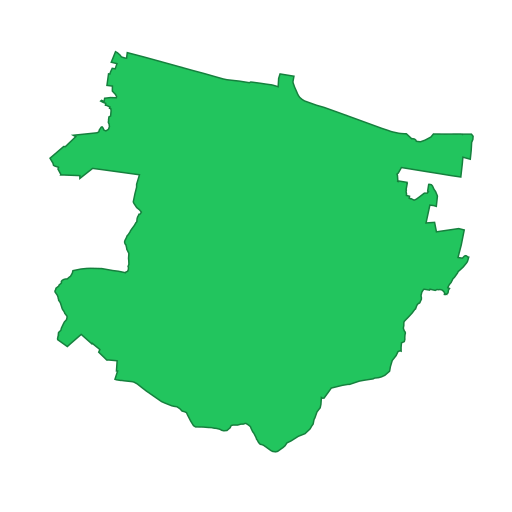 Tetchea, Bihor, Romania (Natural Earth projection), rotated 4°
{"feature_id": "2599482B35654252048695", "entity_name": "Tetchea", "entity_type": "district", "adm_level": 2, "iso_a3": "ROU", "parent_name": "Romania", "parent_adm1": "Bihor", "projection": "natural_earth1", "projection_center": [22.297, 47.021], "detail": "fine", "context": "isolated", "style": "filled", "palette": "green", "viewbox_px": 512, "rotation_deg": 4, "n_neighbors": 0, "source": "geoboundaries", "source_scale": "gbopen_adm2", "svg_char_len": 6009}
<svg xmlns="http://www.w3.org/2000/svg" viewBox="0 0 512 512"><g transform="rotate(4 256 256)"><path d="M407.4,340.8L407.1,337.1L407.2,332.5L409.9,331.0L410.3,328.8L410.1,326.9L410.1,324.2L410.4,322.4L410.0,321.3L409.1,320.3L408.0,317.7L408.3,315.1L408.1,312.0L408.5,310.8L409.9,309.1L412.7,305.8L415.8,301.9L418.2,298.1L418.8,297.8L419.6,294.9L420.2,293.4L421.5,291.8L422.0,291.8L422.7,291.2L423.1,289.9L424.0,287.6L423.9,285.9L423.5,284.7L423.4,283.3L423.7,282.3L423.8,281.3L424.0,280.4L425.0,278.5L425.6,277.6L425.9,277.4L431.5,277.9L431.8,277.0L432.1,277.0L437.2,277.8L438.9,276.8L440.6,276.9L441.7,276.6L443.6,276.8L444.1,277.1L444.5,277.3L446.1,278.7L446.8,280.0L446.6,281.2L447.5,281.3L448.1,280.7L449.0,281.0L449.3,280.2L450.1,279.4L450.4,276.4L451.3,274.9L449.5,274.3L450.1,272.6L451.0,270.8L452.4,268.9L454.1,264.9L455.4,263.5L458.1,259.1L458.8,257.4L460.8,255.4L463.5,252.5L466.4,248.4L467.2,247.0L467.5,246.0L468.3,242.3L467.4,242.2L465.9,241.2L465.2,241.1L464.7,241.1L463.8,241.7L462.1,243.7L461.1,243.7L457.6,243.4L460.0,230.6L461.9,215.5L456.3,214.5L434.3,219.3L431.8,210.0L428.1,210.5L423.3,211.2L425.9,193.1L429.7,193.3L432.4,193.9L432.8,183.7L432.6,183.1L430.6,179.1L429.0,177.2L428.5,176.3L427.2,173.9L426.0,172.7L424.9,172.5L423.7,172.4L423.3,172.5L422.7,179.3L423.5,179.8L422.3,181.5L421.3,181.4L419.5,181.6L415.1,185.5L411.9,188.2L409.8,189.3L406.8,188.0L406.0,188.2L405.8,187.9L404.8,187.7L405.0,185.7L403.0,185.3L401.8,185.1L401.8,183.4L401.3,181.7L401.2,181.5L401.4,179.7L401.1,179.1L401.8,172.9L401.4,172.8L401.5,172.0L393.0,171.2L392.9,171.8L392.1,171.7L392.1,170.1L391.5,165.8L390.9,164.5L392.1,163.4L394.9,157.6L421.1,160.0L433.6,161.1L445.2,162.2L454.8,162.9L454.8,162.5L455.4,148.7L455.4,148.0L455.4,147.1L455.5,143.0L463.0,144.5L463.2,139.0L463.3,135.8L463.3,135.1L463.2,127.6L464.2,124.6L464.2,121.4L462.4,119.4L453.8,120.0L453.6,120.4L453.4,120.4L453.2,120.0L450.6,120.1L436.2,121.2L424.5,121.9L422.2,125.1L419.8,126.6L416.6,128.6L412.1,130.6L408.0,130.4L407.3,129.2L406.0,128.3L404.1,128.0L403.2,128.2L397.5,123.6L394.9,123.7L392.0,123.7L389.9,123.6L383.7,122.7L381.7,122.3L379.3,121.6L372.6,119.9L360.8,116.5L344.5,111.8L327.7,107.0L313.5,103.0L305.9,101.4L293.5,97.9L290.9,96.5L288.5,94.7L287.3,93.2L286.2,91.5L285.2,89.5L282.7,84.8L280.9,80.6L280.7,79.4L281.3,74.0L267.3,72.7L266.2,77.3L266.3,85.6L264.1,85.1L261.9,84.6L259.8,84.2L253.6,83.8L248.7,83.4L241.0,82.9L238.6,82.8L237.3,83.6L227.3,82.7L214.8,82.2L211.1,81.7L203.4,80.1L191.6,77.6L179.7,75.3L158.2,70.9L130.9,65.4L113.4,62.1L113.1,67.7L112.5,67.6L111.7,67.7L107.8,66.8L106.5,65.2L103.7,63.0L101.6,62.0L98.1,72.8L103.9,73.8L102.5,79.1L99.5,78.8L98.1,82.4L97.5,84.7L96.2,84.6L95.4,96.2L100.9,96.5L101.2,101.5L104.6,104.7L105.8,106.6L105.6,107.9L99.8,108.1L94.0,109.2L93.7,112.5L91.1,111.5L90.3,112.3L92.8,113.4L95.4,114.2L95.3,116.1L96.6,116.2L98.9,117.2L99.9,117.5L99.7,118.2L99.6,118.9L100.8,119.1L101.3,121.1L101.2,126.5L99.6,127.5L99.4,130.3L99.5,131.7L99.3,132.7L99.7,133.7L100.3,134.7L100.6,136.4L100.8,137.1L99.9,140.0L97.5,141.7L96.0,141.2L95.2,140.7L95.2,140.3L94.2,138.6L93.4,137.9L92.6,138.3L91.1,140.9L90.9,141.2L90.6,143.0L90.3,143.3L89.0,144.1L88.2,144.3L65.3,148.3L67.9,149.5L58.2,160.2L56.5,160.2L43.7,172.8L47.0,177.6L47.7,179.7L49.3,180.4L52.3,181.1L52.8,181.3L52.6,182.3L52.4,183.1L55.7,188.3L55.5,188.8L58.0,188.6L74.7,188.1L74.9,190.9L86.9,180.0L96.9,180.6L122.3,182.3L134.1,183.1L131.9,192.8L132.1,195.7L130.9,202.3L129.8,210.6L130.6,212.1L133.6,216.0L136.6,218.1L138.6,220.2L137.5,222.2L136.9,222.6L136.4,222.5L135.6,224.5L135.2,225.2L134.8,226.9L134.7,229.4L134.8,230.0L134.4,230.6L133.9,231.1L133.4,232.2L132.6,233.9L130.3,237.5L129.0,239.7L128.8,240.5L127.0,243.7L126.1,244.7L125.3,247.1L124.2,249.6L123.9,251.2L124.5,253.0L125.4,253.9L125.9,255.4L126.4,257.0L126.6,258.2L129.0,262.3L129.0,267.2L129.4,269.6L129.8,273.1L129.1,275.4L129.5,276.1L129.6,277.4L129.6,278.3L129.0,280.2L127.0,281.3L126.9,281.8L119.9,280.8L114.2,280.5L103.1,279.3L92.1,279.8L88.1,280.2L82.3,281.2L74.4,283.4L74.0,285.8L72.4,289.2L71.0,290.3L69.4,292.0L67.3,292.3L65.7,292.9L64.4,293.8L63.6,294.9L63.8,296.3L63.0,297.4L61.7,298.5L61.3,299.8L58.7,302.1L58.6,303.2L58.3,304.0L57.9,304.9L58.0,305.8L60.6,309.1L61.4,310.9L61.8,312.5L62.2,313.3L62.2,313.9L62.5,314.3L63.6,315.6L64.3,316.8L66.4,322.2L67.0,323.1L68.5,324.9L69.3,326.6L70.6,328.0L71.7,329.3L71.8,330.3L71.4,332.8L69.5,335.1L68.7,336.9L66.9,341.5L66.5,343.8L64.7,345.7L64.2,346.7L64.5,347.6L64.2,348.5L64.5,349.0L64.1,349.8L64.2,350.1L64.0,350.7L64.0,351.3L63.8,351.9L64.0,353.3L74.1,359.5L77.2,356.3L87.1,346.4L98.4,355.1L98.7,354.5L106.8,360.2L105.8,362.9L114.4,370.2L116.6,370.0L124.8,370.2L124.8,370.4L124.8,380.4L126.0,380.4L123.9,388.8L125.4,389.2L129.8,389.6L130.6,389.5L133.5,389.7L141.3,390.0L143.0,390.3L146.5,391.9L151.0,395.0L155.2,397.8L155.6,398.1L171.9,407.8L175.5,409.1L182.4,411.3L184.9,411.7L187.7,411.9L190.8,413.7L191.4,414.3L193.0,415.8L195.8,416.4L197.6,417.1L198.7,419.2L202.4,425.3L205.5,429.6L207.6,430.7L215.3,430.3L220.3,430.4L223.6,430.3L226.4,430.7L228.3,430.7L231.9,431.3L234.1,432.3L236.1,432.6L239.2,432.1L242.3,429.0L242.7,427.5L243.4,426.7L245.1,426.2L249.5,425.9L252.6,424.8L255.5,424.5L256.4,423.9L257.6,423.7L260.1,425.0L261.7,426.1L262.4,426.7L263.0,428.1L265.0,431.6L266.2,432.9L268.9,437.4L269.2,438.5L270.1,439.5L271.6,441.9L273.3,443.5L273.8,443.6L274.9,443.7L276.2,444.1L277.7,444.8L278.3,445.3L279.3,445.8L280.2,446.4L284.4,449.0L286.2,449.8L287.7,449.9L289.2,450.0L291.2,449.4L295.3,446.0L296.2,445.3L298.2,443.3L299.9,440.3L303.9,438.0L310.8,432.9L317.3,429.8L322.0,424.7L323.5,421.6L324.7,419.7L325.3,415.0L326.0,413.5L327.7,407.3L329.8,404.1L330.6,403.0L331.1,399.4L331.1,392.7L331.5,393.0L332.1,393.2L333.8,393.0L338.8,385.0L340.3,382.5L351.1,379.0L356.5,377.7L358.4,377.5L367.8,373.6L372.9,372.3L381.4,370.4L382.8,369.5L386.8,368.8L389.6,367.8L392.9,366.0L397.3,361.6L397.8,356.9L399.2,350.7L402.7,345.6L404.3,341.5L406.3,340.5L407.4,340.8Z" fill="#22c55e" stroke="#15803d" stroke-width="1.5"/></g></svg>